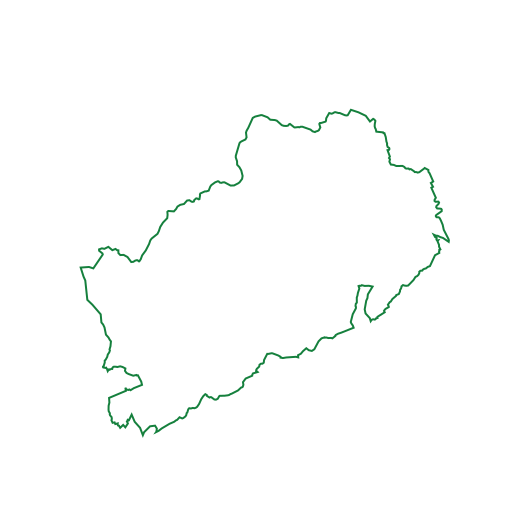 outline of Corbi, Arges, Romania, rotated 250°
{"feature_id": "2599482B64907483378963", "entity_name": "Corbi", "entity_type": "district", "adm_level": 2, "iso_a3": "ROU", "parent_name": "Romania", "parent_adm1": "Arges", "projection": "robinson", "projection_center": [24.82, 45.271], "detail": "fine", "context": "isolated", "style": "outline", "palette": "green", "viewbox_px": 512, "rotation_deg": 250, "n_neighbors": 0, "source": "geoboundaries", "source_scale": "gbopen_adm2", "svg_char_len": 6070}
<svg xmlns="http://www.w3.org/2000/svg" viewBox="0 0 512 512"><g transform="rotate(250 256 256)"><path d="M364.0,379.8L364.2,378.9L363.8,376.7L363.9,375.6L365.3,373.7L361.4,369.1L359.1,368.0L358.5,367.3L358.7,362.9L359.1,361.5L358.5,360.7L357.9,360.6L354.8,360.4L352.7,358.1L352.4,356.8L352.5,354.8L352.3,353.8L353.8,351.8L356.1,350.5L361.6,343.8L362.2,342.2L362.1,340.7L362.7,339.8L363.5,336.4L363.9,335.9L368.5,333.1L368.5,332.3L367.6,330.8L367.7,329.4L368.7,326.8L370.1,325.0L376.1,321.8L377.3,320.2L379.2,316.0L382.4,314.3L386.3,309.8L386.7,308.7L387.3,302.9L386.9,300.2L379.1,292.6L377.0,290.1L375.4,288.8L370.7,287.7L369.1,285.9L368.7,281.8L368.4,280.3L367.7,279.1L357.1,271.3L355.6,270.7L351.5,270.6L348.2,269.5L345.1,270.8L341.4,271.4L335.8,270.8L333.2,269.3L330.9,265.8L330.4,264.2L329.8,259.5L330.9,256.2L336.0,251.6L336.5,250.2L336.6,248.4L337.4,247.1L338.9,246.4L339.3,245.7L339.2,242.8L337.9,238.3L336.9,236.8L333.6,233.9L333.7,231.5L334.2,230.1L333.8,225.1L333.1,224.4L332.0,224.1L328.8,222.3L328.8,221.6L330.4,220.1L330.6,219.4L329.6,217.0L328.5,216.3L328.5,215.1L329.1,214.0L331.2,212.5L331.7,210.2L329.5,206.1L330.0,202.3L329.3,199.1L327.5,197.0L326.0,194.1L328.3,189.0L327.8,187.8L324.9,187.0L321.9,185.5L319.2,180.0L316.1,176.0L312.6,173.2L310.5,171.0L308.1,163.9L306.8,162.0L303.8,159.6L298.9,154.3L295.5,149.2L292.4,146.6L290.9,144.5L291.1,144.0L292.0,143.6L292.8,142.8L293.0,141.0L292.5,138.7L293.0,136.7L299.0,134.9L302.3,132.0L303.3,128.8L305.8,127.7L308.4,128.6L308.9,127.5L310.7,126.4L310.6,123.0L315.1,120.4L314.6,116.0L315.9,113.8L315.9,110.8L314.6,110.4L310.9,112.6L309.8,112.5L300.0,98.9L302.8,95.3L305.1,87.3L295.6,86.9L291.4,87.2L272.5,82.5L266.2,85.6L254.3,90.1L246.4,88.0L243.9,88.9L240.7,89.2L233.4,88.1L229.9,89.5L227.3,89.9L225.4,90.5L221.0,88.4L218.3,86.4L217.2,86.4L215.6,85.1L214.1,83.0L212.1,81.7L209.9,79.2L209.5,78.1L207.6,77.4L204.8,75.3L204.4,74.4L204.0,74.2L203.4,74.4L202.9,75.5L202.4,76.0L202.3,77.0L201.7,77.0L200.3,77.6L199.9,77.3L198.5,77.3L199.8,78.9L199.6,79.5L199.2,79.6L199.4,81.8L199.1,82.3L199.9,82.8L200.5,83.7L200.6,84.6L199.8,86.6L199.1,87.7L198.8,90.6L197.4,92.6L195.0,94.8L192.9,93.6L190.4,94.3L188.6,96.0L185.5,99.7L185.1,102.9L184.6,103.0L184.3,104.2L177.2,105.2L173.9,104.8L173.6,96.0L172.8,92.2L173.8,91.5L173.7,90.4L174.2,89.9L174.3,89.1L174.6,88.6L176.9,88.2L173.8,87.6L172.9,69.4L168.4,68.1L165.7,66.3L162.1,64.9L160.5,64.5L158.2,64.9L157.2,64.4L156.1,64.4L154.0,65.2L152.2,64.8L151.1,64.0L148.3,64.2L148.0,66.2L146.2,66.3L146.0,68.8L144.9,68.3L143.9,68.4L143.4,69.2L141.0,69.6L142.7,73.4L139.7,74.6L142.4,78.3L144.7,78.1L144.8,78.3L144.3,78.7L145.2,79.2L145.7,79.2L146.0,79.5L145.2,80.5L149.5,84.9L141.7,85.3L134.2,88.3L126.3,88.4L128.7,90.6L132.2,98.2L131.1,103.1L127.7,103.8L125.0,102.3L124.7,101.9L125.0,104.7L126.2,108.4L127.9,117.4L128.2,122.4L128.9,124.5L129.0,125.9L130.6,129.0L128.6,131.1L128.6,132.3L129.4,134.8L130.3,136.0L132.1,137.1L132.4,137.9L135.1,139.9L135.8,141.2L135.0,142.6L134.8,144.7L134.0,146.1L134.0,147.7L134.4,149.1L136.4,151.9L140.2,155.6L142.4,158.6L143.5,161.1L142.2,162.2L141.4,162.0L138.9,163.9L139.0,164.8L138.6,165.7L135.4,167.8L134.7,169.2L134.9,171.2L136.9,173.6L137.0,174.2L135.5,178.5L134.7,182.0L134.6,183.2L135.0,184.9L134.9,185.8L135.8,193.1L137.5,197.1L137.4,198.3L137.7,198.9L139.3,200.1L141.9,200.6L144.4,204.4L144.8,211.5L145.7,211.9L146.7,213.0L146.4,217.9L146.9,217.7L147.7,216.7L148.9,217.3L149.7,218.2L151.0,221.2L152.6,222.1L153.1,223.8L152.6,225.3L153.1,226.8L155.5,228.0L160.2,233.1L159.8,234.0L159.3,237.4L158.9,238.2L154.9,242.9L152.9,244.6L152.1,244.3L150.9,246.4L150.3,249.7L147.6,259.1L146.3,261.0L148.4,261.6L148.8,264.7L150.5,267.6L152.1,271.7L149.4,273.4L147.7,276.0L148.4,278.9L154.4,285.6L156.2,289.4L156.1,292.5L155.8,292.5L155.3,294.3L154.2,295.8L153.3,298.6L152.5,299.6L153.7,303.2L154.1,303.3L154.5,304.0L154.9,306.6L154.8,310.0L155.2,323.2L157.6,323.2L160.2,322.5L161.6,322.5L168.2,327.0L172.6,331.9L173.9,332.5L175.0,332.4L177.0,333.5L177.7,334.8L182.5,336.5L184.1,337.8L186.4,339.1L190.1,342.0L192.7,342.1L192.7,342.9L192.1,344.3L192.4,345.4L190.7,347.9L189.4,351.9L187.4,355.1L181.7,348.0L178.3,346.3L176.3,344.3L168.7,339.9L164.5,339.3L158.7,341.7L155.5,341.5L156.5,342.9L156.5,344.4L155.6,345.9L155.8,346.8L156.3,347.2L156.2,348.9L156.8,348.9L157.3,349.3L159.1,357.7L160.6,357.5L161.4,358.5L162.0,359.7L162.6,363.3L163.2,363.5L165.1,363.3L166.9,365.9L167.1,367.1L168.9,369.4L170.6,373.9L171.3,374.4L171.4,377.2L173.5,379.2L175.0,379.9L175.7,381.0L176.8,381.9L177.7,382.3L178.4,384.2L177.5,385.3L176.6,387.0L176.2,388.9L179.5,395.7L181.8,398.7L182.0,400.6L182.8,402.3L184.2,403.7L185.3,404.0L185.9,405.4L185.4,407.3L186.1,408.1L186.4,409.7L186.2,411.4L187.0,413.6L187.0,416.0L195.5,424.5L196.2,429.3L197.5,429.5L198.3,430.3L199.0,430.2L199.3,430.7L199.3,431.5L202.1,431.2L203.9,431.8L207.6,431.6L208.4,432.6L208.5,431.7L209.1,431.3L209.8,431.2L211.2,432.0L212.5,430.8L215.2,430.4L213.6,432.0L212.8,433.7L210.7,435.7L209.0,437.9L203.4,441.9L204.7,442.6L206.1,442.7L216.4,441.4L221.5,442.1L225.8,441.9L228.5,441.6L229.5,441.2L230.0,440.7L230.7,438.9L231.8,438.6L232.4,438.8L232.9,439.5L234.6,445.8L236.1,446.4L236.9,446.2L237.4,445.5L238.7,442.5L240.2,442.0L241.2,442.6L242.5,445.3L243.6,446.3L244.7,446.0L245.6,443.2L246.7,442.6L247.8,443.1L249.2,444.9L260.2,444.1L260.5,446.0L264.8,445.3L265.4,448.0L274.5,447.4L275.6,446.9L276.9,447.0L277.9,447.4L281.0,444.6L280.7,444.0L278.9,438.1L279.1,436.4L279.9,435.6L280.6,433.8L281.4,433.6L284.6,431.3L284.9,430.7L284.9,429.8L286.0,429.3L286.7,427.2L287.3,426.4L288.9,425.9L290.5,424.5L292.6,418.6L294.5,416.6L295.8,414.0L299.0,413.6L301.1,415.0L302.6,414.5L303.6,415.8L310.5,415.8L310.3,417.4L310.9,418.0L312.0,418.1L313.4,417.0L315.5,417.1L317.0,417.7L318.9,417.7L323.4,418.6L327.5,418.7L327.8,417.8L328.7,417.7L331.7,411.6L334.2,411.9L335.8,411.7L337.4,411.9L339.5,412.8L342.1,414.4L343.7,413.9L344.8,413.0L343.4,409.1L350.2,407.1L356.0,401.4L360.9,395.2L356.9,390.3L357.1,389.1L357.9,387.7L361.8,383.5L362.1,382.5L364.0,379.8Z" fill="none" stroke="#15803d" stroke-width="2"/></g></svg>